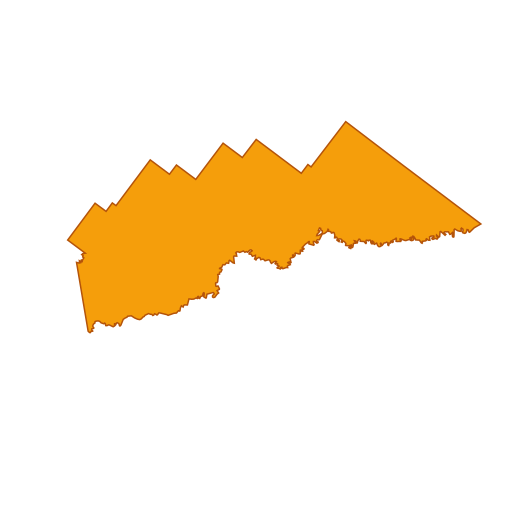 the district of Libertador General San Martín, Chaco, Argentina, rotated 127°
{"feature_id": "61730980B66266771841510", "entity_name": "Libertador General San Martín", "entity_type": "district", "adm_level": 2, "iso_a3": "ARG", "parent_name": "Argentina", "parent_adm1": "Chaco", "projection": "robinson", "projection_center": [-59.436, -26.27], "detail": "fine", "context": "isolated", "style": "filled", "palette": "amber", "viewbox_px": 512, "rotation_deg": 127, "n_neighbors": 0, "source": "geoboundaries", "source_scale": "gbopen_adm2", "svg_char_len": 6164}
<svg xmlns="http://www.w3.org/2000/svg" viewBox="0 0 512 512"><g transform="rotate(127 256 256)"><path d="M94.7,265.2L151.7,265.6L151.7,269.6L162.7,269.6L162.8,326.0L185.6,326.2L185.7,350.2L231.1,350.2L231.2,374.3L242.8,374.3L242.9,398.3L300.0,398.1L300.1,402.7L310.6,402.6L310.7,416.3L356.6,416.0L356.5,394.0L358.4,395.8L359.8,396.0L359.6,394.5L361.1,393.8L360.9,393.1L361.1,392.4L363.7,392.1L364.3,393.1L364.6,393.1L365.3,392.6L364.4,391.8L365.2,391.4L366.0,392.2L366.1,394.2L366.9,393.5L367.1,392.2L368.1,393.0L369.1,395.5L417.1,344.8L417.3,342.9L417.0,342.3L415.6,342.3L414.3,341.2L414.1,341.4L414.0,342.7L412.9,343.3L411.5,342.1L411.0,342.3L410.5,343.9L410.0,344.4L408.0,344.8L406.5,344.3L405.2,345.1L404.4,344.6L402.8,343.0L402.3,341.4L402.6,339.5L401.7,336.7L400.7,336.5L400.7,335.6L402.0,334.1L401.3,333.1L399.7,332.3L399.3,331.6L398.5,327.5L397.1,326.9L395.2,328.2L394.9,327.9L395.4,326.7L393.3,327.0L392.7,326.6L392.6,324.7L393.8,323.1L393.8,322.5L392.5,322.3L386.5,323.9L384.1,323.1L382.6,322.2L381.4,322.3L378.8,319.6L378.5,315.7L377.8,312.7L376.8,310.6L375.4,309.8L372.7,309.5L371.6,308.9L370.2,309.0L366.7,307.2L366.0,305.1L365.3,304.1L365.6,302.6L364.7,302.1L363.2,302.3L362.8,300.8L362.8,299.7L362.3,299.3L360.0,299.4L359.4,298.7L356.5,291.9L356.3,290.5L351.2,287.1L349.4,285.2L346.4,285.0L346.0,283.9L345.6,283.7L343.0,285.1L340.7,285.6L340.6,283.5L339.0,284.0L338.1,283.7L336.4,281.3L330.6,283.7L329.2,281.3L327.8,279.7L325.6,278.6L325.3,277.3L324.8,277.3L324.1,278.0L323.4,278.1L322.9,277.6L323.1,277.1L324.1,276.2L323.8,275.4L321.7,275.8L320.1,274.7L317.6,275.8L316.8,275.7L316.7,275.2L317.3,274.6L319.1,273.5L319.7,273.6L320.1,272.8L319.8,270.7L319.4,270.5L316.0,272.2L311.1,268.4L310.8,267.9L311.4,266.5L313.2,266.8L314.1,266.7L314.9,266.0L314.9,265.1L313.8,264.1L309.9,264.1L308.0,263.6L307.1,266.3L304.7,265.2L304.1,265.6L302.8,268.3L304.0,269.3L304.2,270.0L302.2,271.8L301.7,272.0L300.7,271.1L299.7,271.1L295.2,273.8L293.8,275.4L292.4,274.2L291.0,275.3L289.8,274.4L287.4,274.9L287.1,275.3L288.0,277.5L287.7,277.7L285.7,276.6L282.8,277.2L281.8,275.6L279.4,275.5L278.3,273.5L275.8,274.7L275.2,274.4L275.3,270.2L274.8,269.0L270.1,273.4L269.2,273.5L267.7,271.3L265.9,273.2L265.7,274.0L264.6,274.0L263.4,272.9L263.0,271.2L259.6,269.1L259.7,267.1L258.3,266.4L258.1,265.1L254.9,264.4L254.1,263.8L254.1,262.3L254.7,262.2L257.1,263.2L258.0,263.2L258.6,262.6L257.5,261.0L258.4,258.7L255.8,256.9L257.2,255.9L259.2,255.4L259.2,253.7L258.7,253.5L257.6,254.2L256.8,253.4L255.4,252.9L255.0,251.8L256.1,250.0L254.5,248.8L254.1,247.9L254.4,245.9L251.7,243.9L251.3,243.2L251.3,242.2L252.4,240.3L252.6,239.2L249.6,238.2L248.3,237.0L248.2,236.3L250.6,236.2L250.7,235.6L249.2,234.4L249.2,234.0L250.6,233.5L250.1,232.3L250.2,231.5L252.5,232.2L252.9,231.7L252.0,230.1L251.8,228.8L250.9,228.6L250.4,229.3L249.9,229.2L249.4,228.5L250.0,227.8L250.0,226.9L247.0,224.9L246.2,223.7L245.1,224.9L244.4,224.8L242.3,223.4L241.9,224.2L242.3,226.2L242.1,226.7L240.6,225.9L240.5,224.2L240.1,224.1L237.6,227.1L236.7,227.0L234.5,225.4L233.9,226.8L233.3,227.3L232.7,227.1L233.3,225.6L233.1,225.0L231.7,225.2L230.6,226.3L230.0,226.4L228.4,222.7L227.6,222.1L224.7,224.1L224.2,223.7L224.7,222.1L224.0,221.6L223.4,222.7L222.9,222.9L221.8,221.9L221.3,222.0L221.1,222.8L221.8,224.0L221.3,224.2L216.7,223.7L214.3,222.8L212.9,222.7L212.4,222.2L212.7,221.8L213.9,221.6L214.5,221.0L212.7,216.4L212.0,216.4L211.1,218.0L209.9,218.9L209.2,218.1L209.1,215.1L207.9,214.5L207.4,214.9L207.9,216.1L207.2,216.9L206.0,216.8L205.3,215.5L204.7,215.2L198.9,216.3L198.5,216.6L198.8,217.1L201.7,218.2L203.2,219.8L201.7,220.3L198.1,219.9L197.7,220.5L198.2,221.5L195.4,222.2L195.0,221.0L196.2,219.9L196.0,218.2L197.7,216.9L198.0,215.8L196.7,214.8L193.4,213.9L191.3,214.6L191.2,214.1L192.6,212.8L191.6,211.0L192.3,209.6L191.8,209.0L190.7,208.7L190.4,207.8L191.9,205.6L194.2,204.2L193.8,203.6L192.7,203.5L192.5,202.7L193.4,201.2L194.6,201.0L194.7,200.6L194.6,198.3L193.6,198.6L193.7,199.6L193.2,200.4L192.4,200.1L191.3,198.4L191.5,196.9L193.5,196.4L193.2,195.3L191.6,195.4L191.3,194.1L191.9,191.7L193.5,191.0L193.6,190.6L192.0,188.1L189.7,186.5L189.9,186.0L190.7,185.8L191.6,186.1L192.2,186.9L193.3,187.0L193.5,186.7L193.0,184.8L191.8,185.0L191.2,184.1L190.4,184.1L187.3,185.7L185.8,184.1L184.6,186.6L184.0,185.4L184.7,183.6L184.5,183.0L182.6,183.8L180.6,183.9L180.2,183.3L180.5,182.4L181.5,181.6L179.4,178.4L180.0,176.0L179.8,175.7L179.1,175.8L177.8,177.3L177.0,177.4L176.5,176.7L176.3,175.4L175.3,175.3L174.6,174.2L176.1,172.4L176.7,171.2L176.4,170.5L176.0,170.3L174.6,172.6L173.9,172.1L174.1,170.0L175.3,169.6L175.5,168.9L175.5,168.5L173.1,167.4L174.5,165.0L174.6,163.5L174.1,162.8L173.0,162.1L172.3,162.5L171.2,164.2L170.7,164.2L170.6,163.7L171.8,162.2L171.6,161.6L168.4,161.5L167.6,160.6L166.2,159.9L166.4,158.3L167.5,157.7L168.0,156.9L167.8,156.4L166.6,156.8L166.0,158.1L164.7,156.4L163.2,157.3L162.5,156.9L163.2,155.6L163.1,155.2L162.2,154.9L161.7,155.3L161.5,156.1L160.8,156.3L159.2,155.2L157.9,155.1L157.4,154.6L158.0,154.0L159.9,153.2L159.7,152.3L157.3,149.2L156.4,149.3L156.5,150.5L155.8,151.3L155.2,150.9L154.1,146.7L153.5,145.6L151.4,144.2L150.3,143.0L149.7,142.9L149.1,144.0L147.5,143.4L147.2,142.9L149.0,142.0L150.4,141.8L150.0,140.8L148.4,139.9L147.6,140.1L146.4,142.3L145.8,142.7L145.4,141.9L146.4,139.0L147.1,138.2L145.0,135.0L146.0,132.1L145.9,131.0L145.3,131.0L144.9,131.8L144.2,132.0L141.8,129.6L141.0,129.4L140.4,130.3L139.7,130.3L139.5,129.2L139.7,127.9L138.8,126.6L136.3,128.9L134.8,128.2L133.0,126.1L133.7,125.2L135.9,126.3L136.4,125.7L136.3,124.7L134.3,123.5L133.8,122.8L133.6,121.6L132.4,121.5L131.6,122.7L131.4,123.9L130.6,124.4L130.9,121.3L130.0,121.0L125.9,123.6L125.2,123.2L125.7,117.5L124.5,117.4L124.5,120.1L123.2,119.9L120.9,116.9L122.1,114.2L121.1,113.4L118.9,113.3L119.1,112.3L121.7,111.4L122.3,110.5L122.2,109.8L121.7,109.5L121.1,109.8L115.6,113.7L114.8,113.5L114.4,110.0L113.4,107.7L112.8,107.2L111.9,107.6L110.7,108.8L110.0,108.7L110.0,106.9L111.5,105.7L112.6,105.7L113.0,104.7L112.3,102.9L111.4,102.4L109.6,102.6L107.9,103.4L107.4,102.5L108.7,100.2L108.5,99.7L102.1,98.7L95.1,95.7L95.1,193.0L94.7,265.2Z" fill="#f59e0b" stroke="#b45309" stroke-width="1.5"/></g></svg>